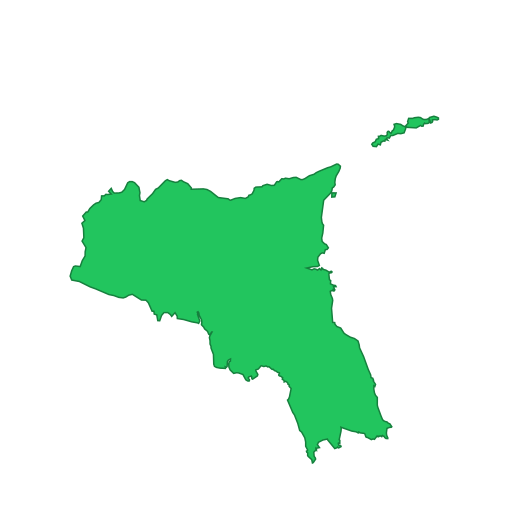 the district of Western Area Rural, Western, Sierra Leone, rotated 196°
{"feature_id": "65957751B56468197775265", "entity_name": "Western Area Rural", "entity_type": "district", "adm_level": 2, "iso_a3": "SLE", "parent_name": "Sierra Leone", "parent_adm1": "Western", "projection": "albers", "projection_center": [-13.169, 8.289], "detail": "fine", "context": "isolated", "style": "filled", "palette": "green", "viewbox_px": 512, "rotation_deg": 196, "n_neighbors": 0, "source": "geoboundaries", "source_scale": "gbopen_adm2", "svg_char_len": 6104}
<svg xmlns="http://www.w3.org/2000/svg" viewBox="0 0 512 512"><g transform="rotate(196 256 256)"><path d="M314.4,174.2L308.1,175.0L299.6,175.0L293.8,175.6L292.6,175.4L292.1,178.0L296.1,183.7L296.2,184.9L297.0,185.8L296.4,186.5L295.4,185.7L294.1,183.2L290.8,179.7L289.8,177.4L289.5,174.9L286.5,173.1L285.4,171.8L281.8,170.2L279.9,167.8L279.0,167.5L278.6,167.7L277.7,170.7L277.3,170.8L278.3,166.5L278.3,164.7L276.8,161.8L275.9,158.7L274.3,156.7L273.9,155.2L269.8,149.7L266.8,140.4L265.5,138.5L263.3,138.0L259.7,138.3L254.4,139.5L254.6,140.6L254.9,141.0L253.8,140.9L253.3,141.8L254.4,146.8L253.8,148.5L252.1,150.0L251.6,147.8L252.5,147.2L252.5,144.7L251.4,141.7L249.4,139.3L245.1,137.0L242.6,138.4L240.7,138.8L235.9,138.5L231.7,134.2L229.7,133.6L228.5,133.8L228.0,134.1L228.1,135.2L229.9,136.6L229.7,137.6L227.5,139.3L226.9,138.8L226.3,137.2L225.6,136.6L225.2,136.8L221.6,141.1L221.6,142.7L224.6,145.6L224.8,146.5L222.6,148.0L221.0,151.6L220.5,152.0L218.0,151.9L216.0,153.1L214.0,152.6L213.0,153.2L209.8,151.6L209.0,151.5L208.4,151.9L206.6,150.9L205.1,150.9L203.1,150.1L201.3,150.2L201.1,149.8L201.4,148.0L201.1,147.5L200.4,147.2L198.9,147.2L196.8,146.3L196.8,144.8L194.7,144.1L194.2,142.7L193.0,143.7L191.8,143.4L190.3,142.5L189.9,141.5L188.5,141.2L188.2,139.8L185.7,138.3L185.0,129.7L185.3,127.3L186.0,126.2L177.5,115.7L175.2,113.8L169.7,106.6L165.9,100.3L163.6,99.3L159.0,94.7L157.0,90.9L155.8,86.8L153.0,83.9L152.9,83.2L153.7,82.3L153.0,81.3L152.0,81.0L151.4,78.5L150.7,77.8L146.3,75.6L144.7,72.6L144.0,73.2L142.7,77.2L143.3,78.2L144.9,79.5L146.4,83.3L145.0,85.9L145.3,87.2L144.5,86.5L144.9,87.9L142.2,89.3L145.0,91.6L144.6,94.2L140.9,97.6L136.9,99.7L136.3,98.9L127.2,92.6L125.2,94.1L125.0,94.8L123.6,94.3L121.7,96.2L122.0,96.8L124.4,97.0L125.3,98.7L124.7,99.3L123.8,99.0L124.6,101.9L125.4,102.3L126.0,111.0L126.6,114.0L127.1,114.8L115.7,114.1L111.1,114.6L109.1,114.1L108.7,114.2L108.7,115.1L107.0,114.7L103.1,115.3L102.2,114.9L100.7,112.6L100.1,112.2L98.4,112.2L94.5,111.3L93.1,112.4L91.6,112.4L90.0,116.3L89.4,115.9L88.8,116.5L88.3,116.1L87.2,117.4L85.4,117.0L85.4,118.0L84.9,118.4L84.1,117.9L83.2,118.0L82.3,117.0L80.7,116.4L79.0,116.8L79.1,117.4L81.0,119.7L81.9,121.9L82.6,126.4L80.3,128.1L78.8,128.6L78.4,129.3L81.1,131.6L82.7,131.7L84.3,132.6L86.1,132.5L88.2,132.9L89.6,134.0L92.2,137.3L97.3,144.3L98.3,146.1L100.4,153.5L102.7,155.0L104.4,157.1L106.1,160.6L106.9,163.7L105.8,163.3L105.7,165.5L108.9,168.3L108.7,168.9L110.1,170.7L111.9,170.8L113.0,173.3L117.0,178.1L124.8,188.9L131.1,196.2L132.3,199.0L134.5,202.4L138.6,203.8L143.1,204.0L148.2,205.3L150.2,206.1L154.7,210.1L158.9,210.5L161.3,212.2L162.0,213.7L164.0,213.3L169.0,226.6L170.0,234.4L170.9,236.3L173.5,239.5L174.9,242.5L173.5,243.7L171.4,243.8L171.0,244.8L172.6,244.6L172.7,245.2L171.5,245.8L173.0,247.9L170.6,248.6L171.4,249.5L173.8,249.3L176.8,249.8L177.4,252.9L178.9,253.5L181.0,258.7L180.9,259.7L178.8,260.8L178.5,261.6L179.2,262.1L180.1,261.7L181.0,260.6L185.0,261.7L188.0,261.6L188.4,262.4L189.5,262.7L189.7,260.5L191.5,261.4L193.0,259.4L194.8,259.8L196.6,259.7L198.4,258.1L204.0,258.4L198.4,261.4L193.9,262.9L192.5,264.4L195.6,268.8L196.2,271.9L194.6,275.9L193.1,277.3L191.2,277.4L191.1,281.2L189.5,281.9L188.7,283.8L191.6,286.4L193.4,286.6L196.4,288.2L197.8,291.3L198.1,296.5L199.5,304.2L201.0,305.3L202.1,307.0L203.8,311.1L206.3,328.3L201.8,336.8L201.1,339.5L201.4,342.5L200.4,343.6L199.5,346.2L200.5,348.4L201.1,352.3L201.0,355.1L199.7,360.1L199.3,363.7L199.6,365.6L202.4,366.9L203.9,366.6L208.7,362.3L211.5,360.6L218.5,355.0L221.1,352.7L222.7,350.6L226.8,347.9L230.3,343.9L232.1,342.4L233.9,341.8L239.1,342.7L241.8,341.7L245.4,339.4L249.2,338.9L250.6,337.7L252.5,337.4L254.5,333.5L255.9,333.5L256.6,333.0L257.9,329.0L260.7,328.0L265.1,328.0L268.8,325.5L269.4,324.1L275.1,322.2L276.4,320.6L276.0,318.7L276.8,314.7L278.1,313.3L279.6,312.4L279.8,310.7L282.1,308.4L286.9,307.9L291.9,305.6L295.8,302.6L296.9,302.6L298.5,303.3L308.4,301.8L317.5,305.6L321.5,306.4L325.1,306.0L336.7,302.3L336.9,303.6L341.5,306.7L346.3,307.4L348.6,308.2L350.2,307.4L351.6,305.5L354.0,304.5L360.5,304.5L362.3,305.0L363.9,303.3L368.7,294.4L370.9,292.4L372.6,287.4L376.4,280.7L376.5,279.3L378.4,277.3L382.6,277.4L384.7,282.0L385.0,284.8L387.5,289.8L392.9,293.0L395.4,293.4L398.1,292.6L399.5,291.0L400.7,283.7L402.6,280.3L405.1,278.8L409.6,277.4L411.6,278.5L413.8,281.1L415.5,277.6L412.2,275.7L415.5,274.2L417.3,273.9L418.4,272.0L421.0,271.2L420.3,267.5L421.8,264.1L424.3,262.7L426.2,260.4L428.8,255.9L429.9,251.8L431.3,251.5L433.6,246.6L430.2,242.9L432.4,239.5L429.5,235.1L426.5,226.1L427.3,222.4L421.7,217.2L421.4,213.1L420.3,208.9L421.7,203.7L422.1,197.4L426.9,196.6L428.4,195.5L429.1,191.0L429.1,185.4L426.5,182.1L418.8,182.8L406.9,180.6L401.0,180.2L386.8,178.4L381.7,178.8L376.5,178.4L372.1,179.1L369.9,180.6L367.6,183.2L364.3,185.1L354.0,182.1L349.6,183.2L346.6,181.4L340.7,174.3L338.9,174.7L337.8,172.1L335.2,172.1L332.6,166.8L330.7,167.2L330.4,172.8L328.9,176.2L325.2,177.3L322.3,176.2L320.4,174.7L318.2,179.2L315.2,176.5L314.4,174.2ZM174.9,396.9L175.5,395.3L173.7,393.7L170.4,394.3L169.5,397.2L167.1,397.1L167.2,399.8L165.0,401.8L163.8,401.9L163.8,403.7L161.4,403.7L162.8,404.7L162.8,405.3L162.0,405.9L160.3,406.1L159.7,408.9L157.6,409.6L153.5,412.9L150.5,413.5L147.6,415.2L147.2,419.8L147.9,421.4L150.7,421.6L153.2,422.4L157.5,422.0L159.6,420.6L158.6,419.2L158.3,418.1L158.6,414.9L159.5,414.0L159.9,411.4L160.6,411.2L162.8,412.5L163.6,412.1L164.0,411.0L163.3,409.0L163.8,407.5L165.8,406.6L169.0,406.4L170.3,405.0L171.3,404.8L170.5,402.6L172.5,401.4L172.9,398.7L174.9,396.9ZM146.3,425.7L147.9,422.5L146.3,421.3L137.3,423.3L133.9,426.8L132.4,426.4L131.1,427.0L131.2,428.5L130.6,430.2L129.7,429.9L127.4,430.8L126.2,431.9L126.9,434.0L127.9,435.7L129.7,434.3L132.1,433.5L133.7,433.6L136.0,434.4L138.2,434.1L141.8,432.6L143.3,431.5L147.2,430.4L147.3,427.0L146.3,425.7ZM123.5,439.4L127.5,436.9L127.5,435.9L124.7,432.0L123.6,432.9L123.3,434.0L123.9,435.5L121.6,436.4L119.4,436.7L118.3,437.7L118.7,439.0L120.4,439.3L123.5,439.4ZM200.4,337.6L199.4,333.5L196.5,334.6L196.4,338.7L200.4,337.6Z" fill="#22c55e" stroke="#15803d" stroke-width="1.5"/></g></svg>